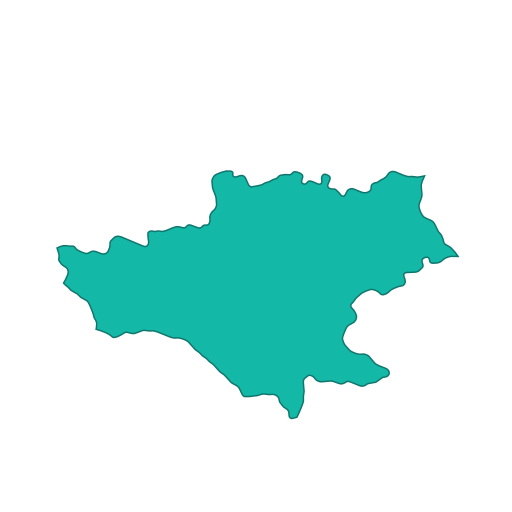 outline of Monte Plata, Monte Plata, Dominican Republic, rotated 112°
{"feature_id": "3306468B2740041336238", "entity_name": "Monte Plata", "entity_type": "district", "adm_level": 2, "iso_a3": "DOM", "parent_name": "Dominican Republic", "parent_adm1": "Monte Plata", "projection": "orthographic", "projection_center": [-69.842, 18.762], "detail": "fine", "context": "isolated", "style": "filled", "palette": "teal", "viewbox_px": 512, "rotation_deg": 112, "n_neighbors": 0, "source": "geoboundaries", "source_scale": "gbopen_adm2", "svg_char_len": 6123}
<svg xmlns="http://www.w3.org/2000/svg" viewBox="0 0 512 512"><g transform="rotate(112 256 256)"><path d="M390.2,157.7L385.3,157.4L378.5,157.3L374.8,157.4L372.7,157.7L368.6,159.4L363.5,160.7L355.6,164.7L353.8,165.3L352.5,165.4L351.3,165.1L347.2,162.7L346.8,162.2L346.3,161.1L346.2,159.2L346.6,157.3L348.0,154.6L348.5,153.4L348.7,151.4L348.5,149.4L348.1,148.2L344.1,140.3L343.6,139.0L343.3,137.0L343.1,131.4L342.9,130.0L342.5,128.8L341.8,127.7L341.0,126.8L338.4,124.7L337.8,123.7L337.5,122.4L337.4,120.3L337.4,111.4L337.3,110.0L336.8,108.6L336.2,107.6L335.4,106.6L333.0,104.9L332.2,104.1L328.1,97.6L321.6,93.4L320.8,92.6L319.6,90.6L318.4,89.3L317.4,88.7L316.1,88.4L314.7,88.6L313.6,89.2L312.7,90.1L312.1,91.2L311.7,92.5L311.6,93.9L311.7,101.0L311.3,104.4L310.9,105.7L306.8,113.5L306.4,114.7L306.2,116.8L306.4,118.8L306.8,120.0L308.2,122.8L308.7,124.7L309.0,127.5L308.9,131.1L308.6,133.1L308.1,134.4L305.6,139.5L304.9,140.7L303.5,142.3L301.3,144.2L300.1,144.9L298.8,145.3L295.3,145.5L289.6,145.4L287.6,145.1L285.6,144.3L281.3,140.8L280.1,140.1L278.1,139.6L276.1,139.6L274.1,140.3L271.9,142.1L269.7,144.9L268.1,148.2L267.4,149.0L266.4,149.6L265.9,149.7L264.8,149.6L262.2,148.6L257.7,147.5L251.9,144.6L250.7,143.9L247.5,141.1L244.7,138.0L243.6,136.2L243.3,134.9L243.1,133.5L243.1,131.4L243.4,129.4L244.7,125.6L244.6,124.4L244.1,123.3L242.9,121.8L241.3,120.4L240.1,119.7L237.1,118.3L234.4,116.1L231.0,112.5L228.9,109.4L228.1,108.5L226.4,107.8L225.2,107.8L223.9,108.0L222.1,109.0L218.7,111.8L217.5,112.1L216.9,112.0L215.9,111.4L215.1,110.6L211.2,102.1L210.1,100.5L208.6,99.3L204.7,97.6L203.7,97.3L203.1,97.3L202.0,97.7L199.1,99.9L198.0,100.4L197.4,100.6L196.8,100.5L195.6,100.0L194.1,98.8L193.1,97.2L192.9,96.6L193.0,95.4L193.9,94.2L195.9,92.8L196.6,92.0L196.8,90.9L196.4,89.2L194.5,85.3L193.4,83.8L191.9,82.5L189.1,81.0L187.3,79.9L185.8,78.4L184.4,76.8L183.3,75.0L180.7,68.5L178.1,72.6L175.4,78.3L174.9,80.2L174.3,84.8L173.9,85.9L173.2,86.8L170.2,89.0L167.7,91.4L166.5,93.1L165.4,95.5L164.6,96.6L159.5,102.3L158.3,104.0L157.8,105.2L157.5,106.6L157.3,112.8L156.8,115.5L155.3,117.9L153.0,120.5L150.3,122.7L148.5,123.7L146.5,124.2L140.3,124.4L138.2,124.7L137.0,125.1L129.1,129.1L127.9,129.5L124.5,129.9L118.6,129.7L121.5,134.2L122.4,135.9L123.8,141.0L125.1,143.9L125.5,145.2L125.9,149.0L125.8,158.2L126.0,159.7L126.5,161.1L127.1,162.2L128.5,163.4L129.7,164.0L133.5,164.9L134.7,165.5L136.5,166.7L138.7,168.7L142.2,171.0L143.8,173.4L144.6,174.2L145.6,174.9L146.8,175.3L148.0,175.3L151.5,174.3L153.1,174.8L154.6,175.9L156.2,177.9L157.0,179.8L157.3,182.1L157.3,190.7L157.6,192.2L158.2,193.4L159.5,194.8L160.6,195.5L162.0,195.8L166.5,196.3L167.6,197.0L167.9,197.5L168.1,198.6L167.9,199.7L166.3,202.7L164.5,207.1L164.5,208.1L165.4,210.7L165.7,211.8L165.7,213.6L165.3,214.8L164.4,215.6L163.2,216.1L157.8,216.1L156.5,216.3L155.3,216.9L154.8,217.5L154.3,218.7L154.1,220.8L154.2,222.1L154.7,223.4L155.2,223.9L155.8,224.3L157.0,224.6L158.2,224.6L159.4,224.3L162.3,222.8L163.3,222.6L164.5,222.7L165.4,223.6L165.7,224.1L166.0,225.4L165.9,231.4L166.0,232.8L166.3,234.2L167.0,235.3L167.4,235.6L169.8,236.5L170.6,237.1L171.2,238.0L171.4,239.7L171.0,240.8L170.1,241.6L168.9,241.9L165.2,242.3L164.0,242.9L163.6,243.4L163.0,244.6L162.7,246.6L162.8,249.5L163.3,251.4L163.9,252.5L164.4,252.9L166.8,253.9L168.0,255.0L169.6,259.5L172.0,263.6L172.9,264.4L176.4,266.0L179.0,269.0L182.2,271.6L184.7,274.8L187.9,277.4L191.0,281.8L192.1,283.8L193.6,285.8L193.8,287.4L193.1,289.2L191.7,290.8L187.7,294.9L186.9,296.1L186.5,297.4L186.5,298.7L187.0,300.0L187.7,301.1L190.2,304.1L190.8,305.8L190.6,306.8L190.3,307.3L189.6,307.9L187.5,308.6L187.1,309.0L186.7,309.9L186.8,311.5L187.9,314.0L188.2,315.2L191.8,319.9L195.6,323.7L196.8,324.5L198.2,325.0L200.9,325.3L202.2,325.1L203.5,324.7L208.5,322.1L210.3,320.8L215.2,316.2L216.9,314.9L223.3,311.7L225.3,311.4L227.3,311.5L228.6,311.9L231.9,313.4L234.5,313.8L237.2,313.4L239.9,312.1L241.7,311.6L243.5,311.6L244.7,312.0L245.1,312.3L245.8,313.2L246.5,315.1L247.1,315.9L247.9,316.5L250.3,317.6L251.0,318.5L251.5,319.7L251.6,321.0L251.8,328.2L252.4,330.0L253.1,330.8L255.5,331.9L256.3,332.5L256.7,333.0L257.1,334.1L257.9,339.0L258.8,341.0L260.7,343.4L266.1,348.9L267.9,351.3L268.5,352.5L269.4,356.1L271.1,358.7L271.9,362.1L272.8,363.7L274.2,364.6L274.7,364.8L275.8,364.6L280.1,362.6L282.7,361.0L284.5,360.4L285.8,360.3L287.0,360.6L288.1,361.2L288.5,361.8L289.0,363.0L289.1,365.1L288.8,387.9L289.2,390.9L290.1,392.7L291.0,393.7L292.0,394.4L296.4,396.3L298.0,396.4L300.7,395.4L302.7,394.9L306.5,394.8L307.9,395.1L309.2,395.6L310.2,396.5L311.0,397.5L311.5,398.8L311.8,400.2L311.9,406.1L312.3,408.2L312.8,409.4L313.6,410.4L316.6,413.0L317.2,414.1L317.5,415.4L317.7,418.9L317.4,423.3L317.0,425.1L315.5,427.6L315.4,429.3L316.7,432.5L317.7,436.3L318.5,438.3L320.2,440.6L323.1,443.5L328.1,439.4L329.9,438.5L332.9,437.7L334.3,436.7L336.2,433.7L336.9,432.0L337.7,428.2L338.1,426.9L338.8,425.9L340.2,424.6L342.1,423.8L344.3,423.6L349.5,423.8L353.2,424.3L354.4,421.6L355.4,418.3L356.8,415.5L357.2,414.3L358.1,407.5L360.0,402.8L360.7,396.8L361.1,395.4L361.8,394.2L364.1,391.5L368.8,386.9L371.0,385.0L373.9,382.9L375.6,380.6L376.9,379.3L377.9,378.6L379.1,378.1L382.0,377.2L383.8,376.8L383.4,371.5L383.4,365.5L383.9,361.9L384.9,358.6L384.9,357.5L383.9,355.7L382.0,353.6L379.2,351.2L376.6,349.3L375.7,348.5L375.0,346.9L374.4,342.4L373.8,340.4L372.5,338.6L368.0,333.7L367.1,332.5L366.6,331.2L365.4,326.7L364.1,323.9L363.6,321.9L363.3,318.3L363.3,307.2L363.2,303.6L362.6,300.8L361.3,298.0L360.7,296.1L360.4,293.4L360.3,290.5L360.5,288.5L361.0,286.5L365.5,277.4L366.8,272.2L368.6,268.2L369.6,263.6L371.4,259.6L372.5,255.0L376.7,246.5L377.1,245.3L378.2,240.7L382.6,231.6L383.0,229.6L383.4,225.5L384.0,223.6L384.7,222.3L385.6,221.2L389.5,217.0L390.5,215.3L390.6,214.7L390.5,213.6L388.6,209.1L386.7,205.9L385.2,202.9L382.1,199.0L381.0,197.2L379.6,192.0L378.0,188.7L377.7,187.3L377.6,186.0L377.9,184.0L378.8,182.3L379.6,181.4L382.4,179.5L384.9,175.4L385.7,173.7L386.5,169.7L387.1,168.6L387.8,167.6L388.8,166.9L392.0,165.3L392.8,164.6L393.3,163.6L393.4,162.5L393.0,161.5L390.2,157.7Z" fill="#14b8a6" stroke="#0f766e" stroke-width="1.5"/></g></svg>